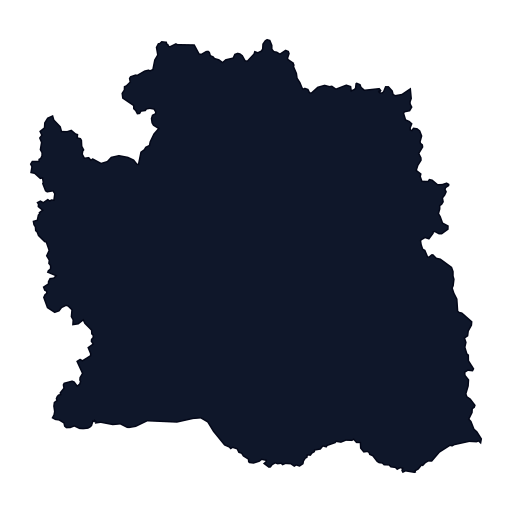 the district of Huiliches, Neuquén, Argentina
{"feature_id": "61730980B75660067581001", "entity_name": "Huiliches", "entity_type": "district", "adm_level": 2, "iso_a3": "ARG", "parent_name": "Argentina", "parent_adm1": "Neuquén", "projection": "equal_earth", "projection_center": [-71.371, -39.778], "detail": "fine", "context": "isolated", "style": "filled", "palette": "ink", "viewbox_px": 512, "rotation_deg": 0, "n_neighbors": 0, "source": "geoboundaries", "source_scale": "gbopen_adm2", "svg_char_len": 5869}
<svg xmlns="http://www.w3.org/2000/svg" viewBox="0 0 512 512"><path d="M410.3,88.9L402.0,94.5L395.3,95.7L393.1,94.6L392.2,91.0L388.4,86.8L385.6,86.8L383.6,91.8L382.1,93.0L380.2,93.1L378.7,91.7L379.2,91.0L380.1,91.5L380.7,90.5L379.2,88.7L364.4,90.3L361.0,87.4L360.0,84.7L356.7,83.3L356.1,83.7L355.6,88.1L354.5,89.5L351.2,90.9L350.6,86.6L346.3,85.2L335.9,89.2L331.8,86.3L329.5,86.7L324.6,85.4L317.8,87.3L311.4,93.1L310.4,93.1L309.4,92.6L307.9,89.5L304.8,88.4L303.2,89.3L302.0,87.9L299.9,82.7L297.0,78.2L296.4,73.5L293.5,66.7L293.9,65.0L293.0,63.8L293.3,63.2L287.9,59.5L287.5,58.2L289.0,53.6L288.3,51.5L285.6,50.4L279.9,54.2L276.7,52.2L273.8,51.7L271.8,49.2L271.8,45.4L269.8,40.5L267.1,39.7L265.3,40.8L263.0,44.1L262.7,48.9L261.5,51.0L257.8,52.8L254.8,51.7L254.1,54.0L247.4,61.2L245.1,60.9L242.3,55.8L240.0,54.0L237.7,53.4L234.9,54.4L233.2,58.1L225.8,59.8L222.6,62.6L218.8,59.8L214.5,58.6L213.1,56.9L210.3,55.7L209.3,52.4L208.1,51.4L206.2,51.6L201.4,54.4L199.1,54.1L194.2,45.0L177.3,44.7L175.9,43.9L170.0,46.8L168.5,46.3L167.8,44.6L166.6,44.0L166.3,42.3L161.7,41.8L159.7,43.7L158.4,43.8L156.5,47.4L157.8,55.0L154.8,60.0L152.9,69.6L150.0,70.9L148.5,70.2L144.7,71.1L137.3,75.4L135.5,75.1L130.6,76.8L129.6,78.4L130.3,82.1L126.4,85.9L124.5,86.7L124.4,90.0L122.2,93.4L122.8,98.1L133.7,105.5L133.8,108.7L135.7,110.5L137.4,113.7L139.6,113.4L140.9,111.1L145.3,110.5L146.4,108.9L149.8,108.3L154.0,109.0L155.8,112.0L155.5,113.8L152.5,115.3L151.5,118.6L152.1,122.8L153.5,125.2L158.8,128.5L154.0,134.0L150.2,141.9L149.5,145.5L145.8,147.3L144.3,149.8L141.0,152.2L138.5,164.5L136.9,164.3L133.6,160.1L127.8,157.4L118.9,155.7L111.3,157.4L107.4,161.6L101.1,163.5L92.7,159.0L90.9,160.3L88.7,157.7L84.4,158.3L82.2,154.2L82.7,151.1L83.6,149.9L81.7,146.3L81.4,140.4L80.4,138.7L77.2,137.9L77.5,134.6L75.5,134.0L71.3,130.4L67.2,131.7L61.5,131.6L60.2,126.8L53.8,120.1L52.6,116.0L47.7,118.2L44.8,122.9L44.5,127.9L40.1,131.4L41.9,135.2L39.8,138.0L41.6,142.4L40.4,149.6L42.1,152.7L42.0,155.9L40.7,158.5L39.1,159.4L39.1,161.5L32.3,161.5L30.7,164.1L32.0,166.7L31.0,172.5L34.7,173.3L40.3,178.4L42.5,177.9L43.3,182.3L42.8,183.6L45.6,190.8L47.2,191.8L53.0,190.8L54.8,193.7L53.9,200.3L51.5,200.0L49.7,201.0L47.8,199.6L43.3,202.7L40.4,201.1L37.5,202.6L38.5,204.1L38.3,206.6L42.7,210.2L39.4,212.6L39.6,213.9L38.4,215.1L37.3,220.3L33.4,221.4L34.0,224.7L35.4,226.8L35.7,230.6L37.2,232.0L38.5,235.5L44.7,241.6L46.3,242.0L49.2,250.4L46.7,255.8L49.3,260.1L48.9,263.4L50.4,265.2L50.7,266.9L50.4,269.2L48.4,270.7L47.8,272.2L56.2,275.7L53.8,278.2L50.1,278.6L48.5,281.7L48.5,283.9L43.6,287.1L44.8,290.2L46.6,291.1L46.9,293.3L45.1,294.6L43.8,297.4L47.5,307.6L54.7,312.3L59.0,310.8L61.5,307.5L66.0,305.3L68.2,306.0L72.0,309.8L71.4,316.6L73.2,319.8L72.9,324.6L78.2,323.8L83.3,319.8L84.9,323.3L91.6,330.1L91.8,333.9L92.9,334.6L93.4,337.3L91.6,339.4L91.4,341.3L93.3,344.0L88.2,347.6L90.7,353.7L90.6,355.7L82.5,360.8L80.1,359.5L77.1,361.4L82.6,373.4L80.1,377.6L79.9,380.1L80.6,381.3L79.8,384.0L77.2,386.2L74.1,382.0L72.1,381.2L64.2,383.3L63.4,384.9L64.0,388.2L60.3,392.8L60.7,394.6L58.6,395.1L57.3,396.5L56.4,398.7L57.1,400.5L54.4,402.5L53.9,406.1L54.7,411.5L54.1,414.8L52.5,417.8L55.4,419.4L59.1,419.9L64.0,422.9L64.7,426.1L66.4,427.6L70.2,427.5L74.3,425.9L79.6,428.4L83.2,428.6L87.9,428.1L90.2,426.8L91.5,425.5L92.9,420.9L94.2,421.5L94.5,420.4L96.0,421.7L95.8,422.9L100.7,422.2L112.8,424.5L120.3,423.8L127.2,427.3L129.2,427.4L135.6,426.3L147.2,420.7L176.9,422.0L193.0,418.4L200.8,417.8L207.8,421.9L213.6,431.4L224.6,444.9L229.4,447.0L230.7,448.5L232.6,447.3L237.2,448.8L238.9,452.3L241.7,453.2L243.4,455.9L248.5,459.1L248.7,461.7L249.5,462.5L253.5,463.0L259.2,461.2L261.6,459.3L266.3,460.3L266.1,461.8L264.1,463.5L268.9,467.1L270.4,466.9L272.0,464.7L275.2,462.8L277.6,463.7L281.2,463.2L282.6,464.6L285.4,463.4L290.8,463.7L294.3,466.1L296.2,464.9L299.5,466.0L302.9,463.7L303.4,461.0L305.4,457.9L306.8,457.4L307.3,454.9L310.4,455.1L311.8,453.1L314.3,451.6L314.6,450.0L320.3,449.0L322.8,445.9L326.2,446.8L327.1,445.4L335.1,442.6L336.0,441.3L340.9,442.1L345.9,440.1L351.9,440.3L353.7,439.2L356.5,442.4L360.4,442.5L360.7,448.1L363.8,451.9L367.3,451.4L369.0,452.3L369.8,454.4L372.8,455.7L377.2,461.4L379.1,462.6L382.4,463.0L384.1,464.7L389.1,464.9L390.9,466.8L395.5,467.4L397.2,469.2L400.2,467.6L402.7,468.3L402.0,470.5L402.9,472.1L405.5,470.8L414.5,472.3L415.3,472.0L415.0,470.8L418.2,469.0L421.5,464.9L422.7,465.4L425.3,462.6L428.2,460.9L431.7,461.0L439.3,452.1L449.9,445.3L452.1,445.8L454.2,444.6L469.2,441.3L476.4,441.7L478.6,440.9L480.6,442.8L481.3,438.9L476.8,431.8L473.9,429.2L470.9,421.5L468.7,419.1L472.0,412.5L472.2,408.7L474.2,407.3L474.9,405.3L470.2,399.1L466.8,396.8L465.8,393.8L468.1,386.0L468.5,379.9L464.9,375.4L464.7,372.2L467.8,370.2L472.5,370.7L473.5,368.8L468.4,360.8L468.3,355.1L466.8,353.9L464.8,347.2L465.9,342.4L464.4,338.0L467.6,335.8L468.2,331.0L471.4,325.2L471.7,321.8L461.8,313.1L458.8,312.4L457.6,311.1L456.8,299.1L453.8,293.2L452.1,288.0L453.1,285.8L453.9,279.3L453.0,276.1L453.0,271.6L451.5,267.4L440.3,259.2L436.2,258.3L432.9,254.9L431.7,254.9L429.0,257.2L427.5,256.9L424.8,250.4L422.6,249.2L421.1,244.6L420.5,240.7L421.3,239.7L425.0,237.5L428.9,238.8L433.0,233.3L433.2,231.8L434.9,231.5L439.0,233.7L441.7,233.7L447.9,229.2L448.0,226.0L442.5,223.1L440.2,216.7L438.4,213.6L439.7,209.0L439.7,205.5L441.5,204.4L443.1,201.8L442.4,197.9L444.6,195.1L446.1,191.8L444.9,189.3L445.7,187.5L448.6,185.5L448.7,184.4L446.6,183.2L442.3,184.6L437.6,184.8L432.1,180.2L429.4,179.6L428.2,181.5L421.9,181.4L420.2,176.5L420.8,174.0L416.2,170.4L417.8,165.3L421.0,160.2L420.9,157.9L418.7,153.4L422.6,147.0L422.3,144.9L420.5,143.4L420.0,141.8L421.6,136.0L419.7,131.0L417.0,128.8L413.5,128.3L411.9,130.6L410.3,130.0L410.1,127.9L411.7,123.8L409.2,121.5L405.5,119.9L403.5,113.2L404.4,111.8L409.6,110.7L411.7,107.1L410.1,104.0L410.0,101.9L411.2,98.5L410.3,88.9Z" fill="#0f172a" stroke="#020617" stroke-width="1.5"/></svg>